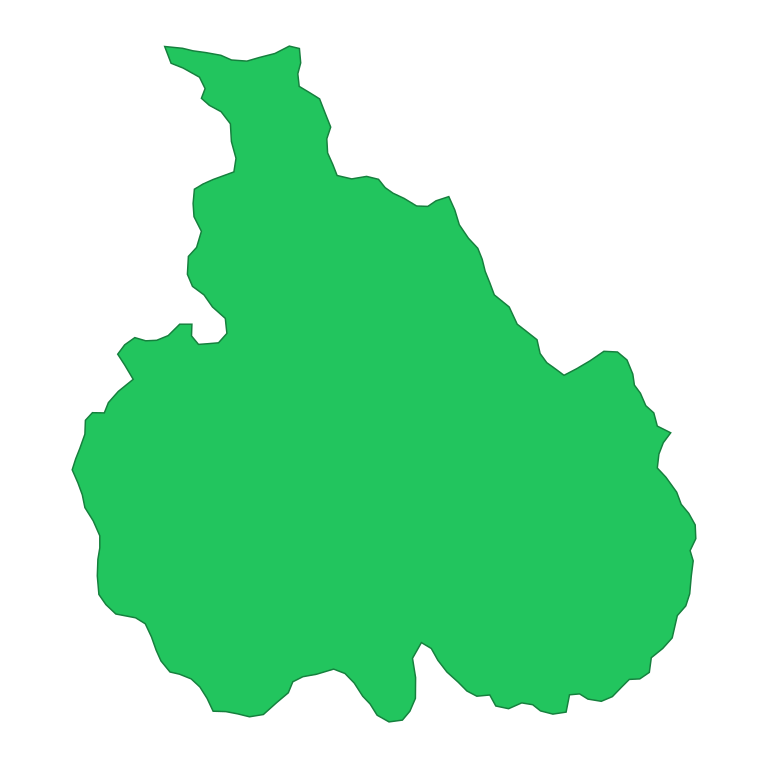 the district of Perdigão, Minas Gerais, Brazil
{"feature_id": "56859067B61939852809090", "entity_name": "Perdigão", "entity_type": "district", "adm_level": 2, "iso_a3": "BRA", "parent_name": "Brazil", "parent_adm1": "Minas Gerais", "projection": "robinson", "projection_center": [-45.063, -19.922], "detail": "fine", "context": "isolated", "style": "filled", "palette": "green", "viewbox_px": 768, "rotation_deg": 0, "n_neighbors": 0, "source": "geoboundaries", "source_scale": "gbopen_adm2", "svg_char_len": 2435}
<svg xmlns="http://www.w3.org/2000/svg" viewBox="0 0 768 768"><path d="M98.9,594.5L105.9,604.6L115.8,614.0L135.6,617.8L145.3,623.8L151.5,637.0L156.2,650.3L161.0,661.0L170.0,672.0L179.5,674.2L191.2,678.9L199.9,687.0L207.1,698.4L213.1,711.2L225.9,711.6L237.8,713.9L249.5,716.8L263.4,714.5L276.9,702.4L288.3,692.8L292.8,681.8L302.9,676.7L316.7,674.2L333.6,669.1L345.0,673.5L354.2,683.0L362.7,696.2L370.1,704.0L377.1,715.2L389.0,721.9L402.4,720.1L409.9,711.2L415.4,698.4L415.6,677.6L412.5,658.3L421.4,642.6L431.3,648.5L437.9,660.3L446.9,672.0L458.3,682.3L466.9,691.0L476.8,696.2L489.8,695.0L495.8,706.0L508.6,708.7L521.7,702.9L532.7,704.7L540.5,710.9L552.9,714.1L566.1,712.1L569.5,694.8L579.6,693.9L587.9,699.1L601.3,701.3L612.4,696.6L621.3,687.4L629.3,679.4L639.8,678.9L649.3,672.4L651.3,657.7L662.7,648.5L672.2,637.9L677.3,615.6L685.8,605.9L689.7,593.8L691.3,575.9L693.2,560.9L690.1,550.6L695.8,538.7L695.2,524.9L688.8,513.4L681.2,504.3L676.7,492.2L665.9,477.2L657.3,468.0L658.9,454.1L663.3,442.7L670.7,432.8L657.3,426.1L653.8,412.9L645.8,405.7L640.4,393.2L634.4,385.1L632.8,374.1L627.0,360.0L617.5,352.0L603.9,351.3L589.9,360.9L576.1,369.0L564.0,375.3L556.5,369.7L546.8,362.7L540.1,353.5L537.0,339.7L526.7,331.6L517.2,324.2L509.2,307.0L494.3,294.9L489.8,282.8L485.2,271.4L482.2,259.3L477.8,248.3L468.4,238.2L459.3,224.8L454.8,210.0L448.8,196.6L436.0,200.8L427.8,206.4L416.6,206.0L404.1,198.4L393.0,193.2L385.1,187.6L378.5,179.3L366.6,176.4L351.7,178.9L337.1,175.5L332.8,164.5L327.6,152.9L326.8,138.8L330.7,127.1L325.2,113.3L319.6,98.9L309.7,92.7L299.2,86.4L297.8,73.8L300.7,62.9L299.4,48.5L289.3,46.1L274.9,53.5L259.3,57.5L246.9,61.1L231.5,60.0L220.9,55.3L205.9,52.6L192.9,50.8L182.6,48.3L164.7,46.5L171.1,63.3L183.0,68.0L199.5,77.2L205.1,88.6L201.4,98.3L209.4,105.4L221.1,111.7L230.4,123.8L231.4,141.5L236.0,158.3L233.9,171.9L224.6,175.3L213.1,179.5L203.0,184.0L194.4,189.2L193.1,203.5L194.0,216.7L201.4,231.3L196.6,247.4L188.4,256.4L187.4,274.3L192.5,286.4L204.0,294.9L212.5,307.0L225.3,318.4L226.9,333.4L218.5,342.8L208.0,343.7L198.5,344.4L191.5,335.9L191.9,324.2L179.7,324.2L168.2,335.6L156.7,340.3L145.7,340.8L134.8,337.6L124.7,344.8L117.7,354.2L124.7,365.0L133.2,379.3L118.3,391.4L108.4,402.6L104.3,412.9L92.4,412.7L85.4,420.3L84.9,434.2L79.8,448.5L75.7,458.8L72.2,469.8L77.9,482.8L82.3,494.8L84.9,507.6L93.2,520.8L99.8,535.8L99.8,547.9L97.9,559.3L97.3,575.9L98.9,594.5Z" fill="#22c55e" stroke="#15803d" stroke-width="1.5"/></svg>